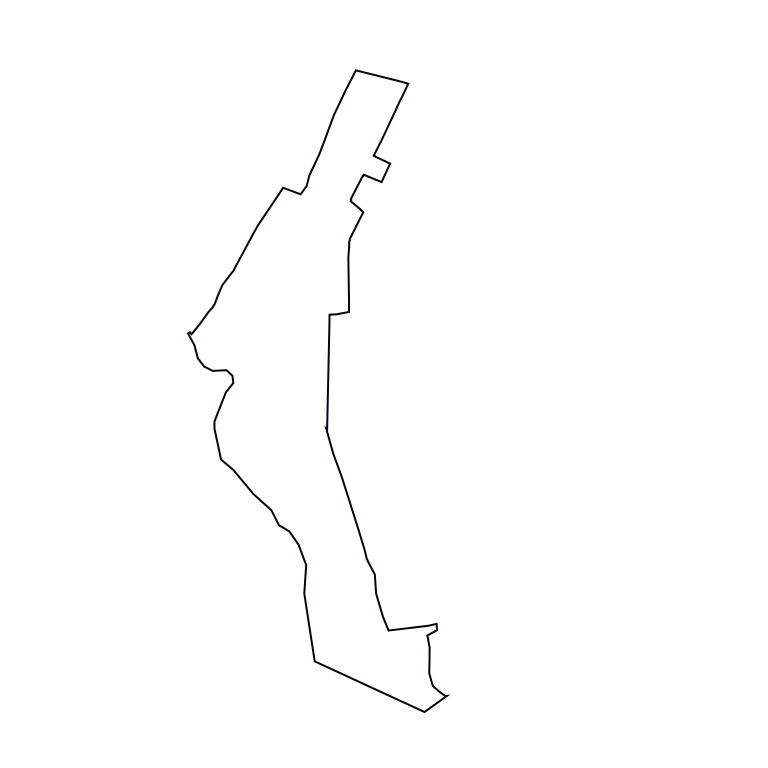 the district of Kaka, Ahal, Turkmenistan, rotated 27°
{"feature_id": "10190150B850620817547", "entity_name": "Kaka", "entity_type": "district", "adm_level": 2, "iso_a3": "TKM", "parent_name": "Turkmenistan", "parent_adm1": "Ahal", "projection": "robinson", "projection_center": [59.791, 37.761], "detail": "fine", "context": "isolated", "style": "outline", "palette": "ink", "viewbox_px": 768, "rotation_deg": 27, "n_neighbors": 0, "source": "geoboundaries", "source_scale": "gbopen_adm2", "svg_char_len": 1533}
<svg xmlns="http://www.w3.org/2000/svg" viewBox="0 0 768 768"><g transform="rotate(27 384 384)"><path d="M216.6,117.3L216.5,139.9L217.3,167.0L218.9,180.8L220.5,193.8L222.1,209.1L222.8,232.1L225.2,242.8L223.6,252.8L205.1,255.0L199.6,300.8L199.3,309.7L198.4,349.9L198.5,351.6L197.6,355.4L195.1,369.1L195.8,380.4L196.9,389.7L196.5,391.3L196.7,393.0L195.0,399.2L192.6,414.7L189.9,427.1L187.5,426.0L186.4,427.9L197.5,435.5L206.3,445.5L215.8,450.1L225.4,450.1L237.4,443.2L245.3,445.5L249.3,451.6L246.9,463.1L248.5,480.0L250.0,494.5L253.2,500.7L273.1,525.3L289.1,529.1L317.8,541.4L341.0,547.6L354.6,557.6L366.5,558.3L380.9,566.0L396.9,580.7L408.1,606.9L448.2,662.6L568.6,657.9L569.0,657.9L581.6,633.4L581.0,633.8L580.3,634.2L573.7,633.2L568.7,631.9L566.5,631.6L566.0,631.1L564.4,630.7L555.7,621.3L549.5,608.5L544.2,597.9L543.6,597.2L536.8,588.4L537.1,587.9L543.0,579.3L539.8,573.8L533.5,579.1L500.1,601.5L500.0,601.4L499.9,601.5L489.1,592.2L472.2,574.4L462.3,557.9L449.5,548.8L449.1,548.3L448.0,547.6L442.4,541.0L427.6,525.6L409.2,506.9L388.3,485.7L370.5,469.2L352.6,449.8L353.8,450.0L307.6,354.2L304.4,347.8L304.5,347.7L304.1,346.9L309.9,343.6L320.1,335.7L315.9,327.3L294.9,287.7L290.9,278.0L288.4,273.0L288.4,271.8L287.7,270.3L287.6,249.5L287.6,240.6L282.2,238.7L271.4,236.3L271.4,234.9L270.5,234.5L270.6,208.1L271.1,208.1L271.1,206.7L290.2,205.2L289.4,184.9L271.7,185.4L271.7,184.8L271.2,184.8L271.2,168.3L270.1,134.3L269.6,123.8L269.8,122.3L269.3,105.4L262.6,106.7L216.6,117.3Z" fill="none" stroke="#020617" stroke-width="2"/></g></svg>